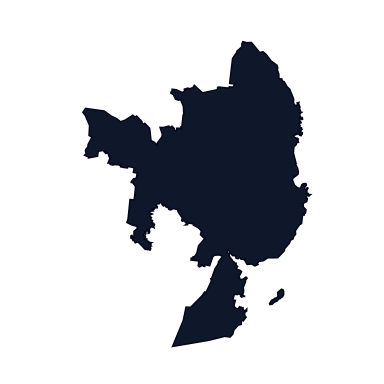 Maguindanao, Maguindanao, Philippines, rotated 187°
{"feature_id": "2640588B76798451045250", "entity_name": "Maguindanao", "entity_type": "district", "adm_level": 2, "iso_a3": "PHL", "parent_name": "Philippines", "parent_adm1": "Maguindanao", "projection": "albers", "projection_center": [124.09, 6.876], "detail": "fine", "context": "isolated", "style": "filled", "palette": "ink", "viewbox_px": 384, "rotation_deg": 187, "n_neighbors": 0, "source": "geoboundaries", "source_scale": "gbopen_adm2", "svg_char_len": 5970}
<svg xmlns="http://www.w3.org/2000/svg" viewBox="0 0 384 384"><g transform="rotate(187 192 192)"><path d="M192.5,36.3L157.2,46.9L142.0,52.7L136.5,52.7L134.2,55.8L133.5,60.4L129.7,65.7L127.0,66.5L127.2,70.4L125.9,70.8L125.4,70.3L123.0,74.4L124.0,74.8L125.1,77.7L124.5,79.4L123.2,80.5L123.4,82.5L124.6,80.8L125.7,80.6L127.0,81.9L127.3,83.4L128.2,83.0L129.4,83.8L130.0,83.2L130.8,83.9L131.7,82.3L133.2,81.4L135.6,82.9L136.4,84.6L135.8,89.7L136.7,89.8L137.1,89.0L138.3,89.9L137.5,95.6L134.6,95.7L132.4,96.9L132.1,96.1L130.7,95.8L131.0,94.4L129.8,93.7L129.3,94.4L126.5,94.8L128.4,95.4L129.1,96.7L128.6,99.5L129.5,103.6L127.9,109.3L128.2,110.8L126.8,113.2L128.1,114.2L130.7,111.8L132.9,111.0L134.2,111.8L134.3,112.8L135.3,113.2L133.1,119.0L134.9,120.2L138.8,120.8L137.6,123.6L139.5,125.1L139.5,126.4L140.2,125.9L141.1,127.4L142.8,128.0L144.4,130.1L145.2,130.2L145.4,131.1L146.8,131.8L146.7,132.7L147.7,133.5L147.3,134.9L149.8,136.3L149.8,138.5L148.9,139.1L147.3,136.7L143.9,133.8L141.4,134.1L140.0,131.5L138.1,131.4L136.8,132.9L135.2,131.3L132.9,131.5L131.3,130.6L128.5,126.8L124.0,127.7L120.5,126.3L117.7,128.1L118.5,128.7L117.3,131.2L112.6,132.6L108.8,135.9L98.9,137.2L93.2,144.9L93.1,147.1L89.1,153.0L88.3,156.2L86.0,157.7L85.7,160.0L84.0,162.6L84.7,166.1L81.5,172.3L79.4,174.2L79.5,181.3L78.9,182.7L77.7,182.9L77.9,184.4L76.8,184.9L76.7,188.3L79.5,190.6L80.4,194.1L76.9,196.5L76.7,199.5L78.0,200.7L77.7,202.0L76.9,202.6L75.5,202.2L74.0,203.9L76.2,203.7L76.5,204.7L77.9,205.1L78.1,207.6L77.3,210.0L78.2,210.4L79.1,208.0L80.6,208.9L80.6,210.6L79.3,212.8L79.6,213.9L80.6,214.2L81.3,213.6L81.9,214.1L83.0,213.5L83.0,212.2L83.9,212.4L84.8,209.0L87.4,208.8L91.1,211.3L93.8,216.1L93.3,219.1L92.9,218.6L89.0,222.4L88.8,224.6L90.0,228.3L92.8,232.5L92.1,232.9L96.1,243.1L96.4,249.2L94.6,251.3L93.8,254.0L92.3,254.3L93.2,256.6L92.7,258.1L94.0,256.9L94.4,258.3L94.9,257.9L98.5,259.8L95.9,261.6L96.1,262.3L94.9,262.5L95.2,261.5L94.0,263.0L91.8,261.3L90.5,261.3L90.6,262.4L89.7,262.6L89.6,264.2L92.2,265.5L90.4,267.5L91.2,269.2L92.5,268.9L93.1,270.0L92.7,270.9L93.4,271.6L93.4,273.4L92.1,274.0L92.8,275.1L93.6,274.8L93.9,278.6L91.9,277.3L91.1,277.7L91.6,279.3L92.9,279.4L94.2,280.8L94.4,283.0L92.8,284.5L94.0,284.7L94.5,286.6L95.6,287.0L95.1,289.3L97.0,292.7L96.8,293.9L98.5,293.3L98.0,292.1L98.7,290.6L99.6,290.3L101.2,291.5L102.2,293.0L102.4,296.7L107.5,305.9L110.5,308.1L113.8,312.6L115.8,313.3L116.8,315.4L118.2,314.9L119.6,315.5L120.2,319.7L122.2,323.7L122.0,325.8L123.0,328.1L129.7,331.9L135.0,337.5L138.6,339.9L141.8,338.7L151.2,347.7L156.2,346.9L159.8,347.5L160.6,345.1L160.1,342.3L164.6,337.3L164.5,336.2L168.0,329.6L167.9,304.4L162.4,304.3L164.4,301.0L167.8,301.0L168.2,299.6L178.8,299.4L179.4,298.3L178.8,296.8L193.7,291.7L202.7,298.2L204.0,295.0L204.7,295.4L207.2,293.9L207.9,294.6L209.4,294.5L210.1,292.8L211.0,293.8L212.2,293.1L211.7,291.1L213.7,289.5L219.9,291.6L224.3,291.6L224.1,289.0L225.0,288.7L225.0,287.6L222.4,286.4L219.8,282.2L216.7,281.5L214.5,282.2L211.0,275.9L209.6,268.1L210.2,267.4L210.0,255.4L210.9,255.4L210.8,253.3L211.5,253.9L215.0,253.4L214.5,251.1L216.2,250.5L217.5,253.0L219.9,254.9L221.6,253.3L223.1,254.6L227.8,252.7L231.6,252.2L228.5,245.6L228.6,242.9L232.3,236.7L232.7,234.5L235.8,237.0L238.9,238.0L241.8,250.1L247.2,254.4L248.2,253.2L251.0,255.5L250.5,256.0L256.3,260.7L257.5,259.4L260.1,261.0L267.1,255.2L271.5,253.0L275.5,255.5L281.6,257.6L289.0,261.7L307.9,262.0L310.0,257.8L307.2,254.9L301.8,245.6L301.1,235.5L298.0,234.3L300.9,226.5L300.9,223.8L302.5,221.7L302.8,219.9L301.7,217.3L303.2,215.4L298.9,214.2L298.9,213.2L290.1,216.0L290.0,221.0L285.1,222.4L284.1,221.3L283.2,221.5L283.6,221.0L282.3,219.7L281.6,219.9L281.6,220.6L280.1,220.3L278.9,217.6L278.4,217.9L278.4,216.7L277.4,216.5L278.9,210.5L277.6,210.9L276.6,209.4L273.8,209.1L273.8,209.6L266.4,210.2L266.7,209.6L265.8,209.5L265.9,208.3L262.3,208.0L259.0,208.0L258.8,209.5L253.9,209.2L252.4,208.7L252.6,204.3L248.7,204.1L249.0,199.0L251.6,197.9L253.5,195.0L253.5,194.1L252.0,194.0L248.7,190.7L248.5,184.5L248.5,177.1L252.6,177.0L252.2,157.5L252.9,153.8L248.2,152.1L242.1,151.1L242.1,148.8L244.8,145.9L244.1,139.7L245.1,139.8L246.3,141.6L247.3,140.9L247.0,138.8L245.0,137.9L244.7,136.6L243.2,136.4L242.2,134.6L239.5,135.9L231.5,129.4L228.5,129.4L227.7,130.3L227.0,129.2L226.4,129.3L226.0,130.7L227.0,132.8L225.8,133.4L227.0,134.2L226.2,135.5L227.4,136.0L226.2,136.8L229.3,136.7L229.0,137.6L230.8,138.1L231.1,139.9L233.6,139.5L232.6,141.7L233.2,142.9L234.4,142.5L235.0,144.1L234.6,144.7L232.9,144.5L232.7,145.8L234.1,146.9L232.3,147.7L232.2,148.9L230.9,149.0L230.4,145.6L229.4,146.1L229.1,147.4L230.0,150.4L227.7,152.8L225.3,151.9L225.8,153.0L225.2,155.1L226.3,156.4L228.2,156.3L227.7,158.8L229.5,159.5L229.8,160.3L229.1,161.7L231.1,163.0L230.9,164.0L228.7,165.3L231.7,166.2L231.9,167.0L231.1,167.8L228.1,168.5L229.3,170.0L229.1,170.6L227.5,170.2L226.6,171.8L224.5,172.1L224.7,173.3L225.7,174.0L225.3,176.1L223.1,176.3L222.9,177.6L220.4,177.4L220.5,176.3L218.7,174.6L216.9,175.7L216.0,174.0L213.8,173.6L212.8,171.8L210.7,171.7L208.9,173.2L204.4,172.9L202.9,170.0L198.5,165.0L198.8,162.3L197.8,161.8L196.2,162.8L194.6,160.8L193.2,160.2L193.2,159.5L194.4,158.6L192.7,158.8L191.6,160.7L187.2,160.6L186.7,159.4L181.5,157.3L178.7,155.2L178.0,153.9L178.4,150.6L174.7,147.9L173.6,148.8L173.0,148.4L178.9,139.5L179.8,131.6L181.7,128.1L183.1,127.8L183.1,126.2L184.7,126.3L184.8,124.4L176.8,124.3L176.9,119.6L175.6,118.5L174.0,119.4L173.9,120.3L172.1,120.6L171.7,119.7L170.3,119.7L170.2,121.5L165.5,120.9L163.5,130.3L162.0,132.0L157.2,132.8L154.4,132.1L154.3,131.1L157.2,125.9L157.4,123.5L159.8,118.5L162.1,108.2L162.8,108.2L161.9,106.0L165.8,94.1L167.3,94.3L169.3,90.4L179.4,77.3L183.9,77.1L185.0,63.5L192.5,36.3ZM101.0,89.8L98.8,90.3L96.8,92.7L94.3,94.1L92.5,96.8L91.8,97.0L91.1,96.3L91.8,97.1L89.5,98.8L88.5,101.1L88.9,104.6L89.8,106.1L91.4,106.4L94.8,102.7L94.0,98.8L95.1,97.3L97.3,96.4L97.4,95.7L99.8,94.3L101.5,90.6L101.0,89.8Z" fill="#0f172a" stroke="#020617" stroke-width="1.5"/></g></svg>